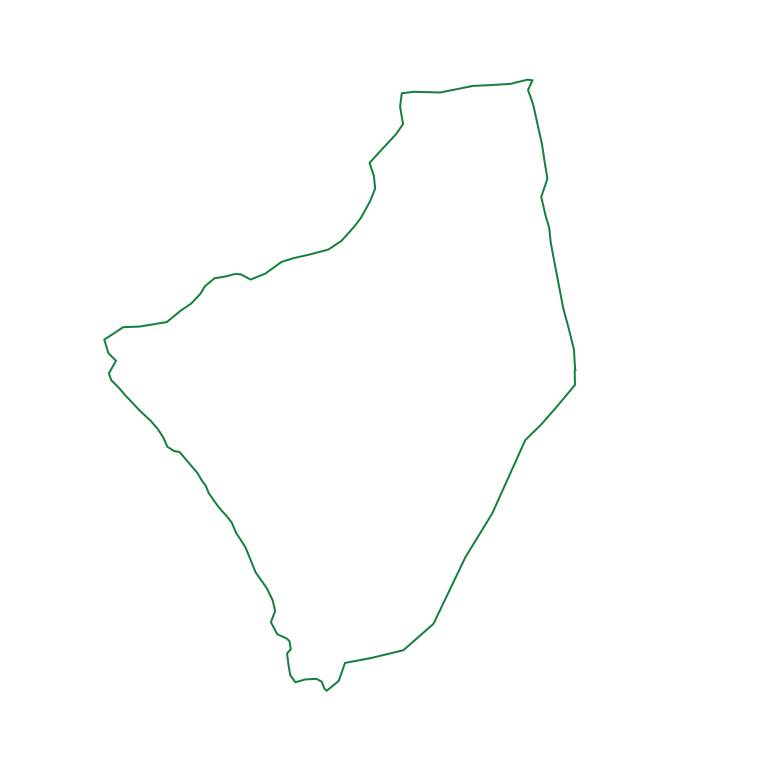 the district of Pyla, Larnaca, Cyprus, rotated 68°
{"feature_id": "46923920B48961032543563", "entity_name": "Pyla", "entity_type": "district", "adm_level": 2, "iso_a3": "CYP", "parent_name": "Cyprus", "parent_adm1": "Larnaca", "projection": "albers", "projection_center": [33.691, 35.003], "detail": "fine", "context": "isolated", "style": "outline", "palette": "green", "viewbox_px": 768, "rotation_deg": 68, "n_neighbors": 0, "source": "geoboundaries", "source_scale": "gbopen_adm2", "svg_char_len": 1569}
<svg xmlns="http://www.w3.org/2000/svg" viewBox="0 0 768 768"><g transform="rotate(68 384 384)"><path d="M121.1,258.6L132.9,265.2L150.2,269.0L156.9,279.3L165.5,297.7L173.5,314.4L175.1,314.7L187.0,315.4L199.4,318.9L209.4,328.5L221.2,343.0L227.0,352.7L235.3,369.7L238.5,385.2L235.9,405.7L233.4,420.9L232.4,433.4L237.2,452.7L237.2,468.5L228.9,475.5L226.3,480.4L225.0,490.3L222.5,501.6L226.3,513.5L231.7,520.6L237.2,532.8L239.7,544.7L245.2,562.1L241.3,579.8L239.1,589.4L233.6,604.5L238.1,626.7L252.2,628.0L262.1,623.8L271.1,635.1L276.8,635.4L278.5,635.4L288.1,631.3L298.0,628.0L317.6,620.2L331.1,614.0L340.6,610.7L351.4,608.6L360.9,608.4L367.4,603.9L370.5,599.0L388.7,593.0L396.7,590.3L405.1,589.1L411.7,587.4L419.5,587.4L427.3,585.6L434.4,583.9L440.8,581.9L448.0,579.2L455.4,577.1L466.6,576.9L477.7,574.7L484.3,573.6L495.3,573.6L510.5,573.6L529.8,569.1L542.9,568.3L553.6,569.9L562.5,578.1L576.0,576.7L583.7,569.4L587.2,568.0L595.1,569.9L597.5,574.8L609.1,577.9L618.9,580.0L627.3,577.9L628.5,567.5L632.0,557.2L636.6,553.3L644.6,553.3L646.0,552.4L646.9,551.9L642.3,537.2L628.0,524.6L633.3,498.2L638.1,465.8L624.9,428.0L575.0,373.3L544.6,332.2L488.9,274.0L480.5,253.6L469.5,231.8L456.4,207.3L443.0,202.2L443.0,201.4L442.5,201.5L423.3,195.0L410.8,193.2L400.1,191.7L381.3,189.5L337.8,180.9L329.6,179.3L315.3,176.4L301.1,172.3L288.2,171.1L269.4,168.1L254.9,155.6L237.6,151.7L221.0,147.7L199.7,144.2L180.1,140.9L165.3,140.3L158.1,132.6L155.6,136.9L153.1,154.3L146.0,175.5L140.9,189.9L134.8,222.6L124.3,246.7L121.1,258.6Z" fill="none" stroke="#15803d" stroke-width="2"/></g></svg>